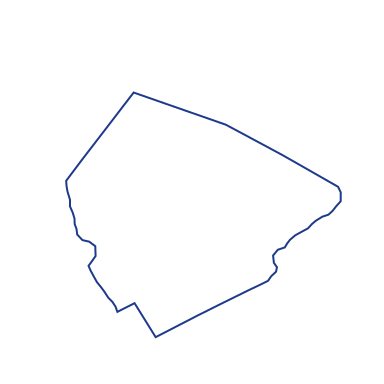 outline of Olivença, Alagoas, Brazil, rotated 149°
{"feature_id": "56859067B23414783060869", "entity_name": "Olivença", "entity_type": "district", "adm_level": 2, "iso_a3": "BRA", "parent_name": "Brazil", "parent_adm1": "Alagoas", "projection": "natural_earth1", "projection_center": [-37.17, -9.497], "detail": "fine", "context": "isolated", "style": "outline", "palette": "blue", "viewbox_px": 384, "rotation_deg": 149, "n_neighbors": 0, "source": "geoboundaries", "source_scale": "gbopen_adm2", "svg_char_len": 886}
<svg xmlns="http://www.w3.org/2000/svg" viewBox="0 0 384 384"><g transform="rotate(149 192 192)"><path d="M64.1,121.2L95.3,176.8L128.3,232.2L190.8,307.3L204.1,302.1L213.2,298.5L232.2,291.0L268.2,276.9L294.1,266.4L296.3,262.1L298.5,256.5L300.6,248.1L304.0,242.5L304.9,235.6L306.4,229.7L309.1,224.9L310.0,219.9L312.3,214.7L310.7,207.2L305.7,202.4L302.8,195.4L307.6,186.8L313.9,184.0L318.7,182.0L319.4,176.8L319.7,169.8L319.9,163.6L319.1,158.2L318.5,152.3L318.2,144.5L316.8,138.7L316.6,133.2L317.7,127.7L298.5,126.3L297.9,86.3L250.1,83.2L240.2,82.4L232.0,81.8L194.4,78.7L180.3,77.3L172.6,76.7L167.5,79.0L161.0,80.4L157.9,83.8L158.3,89.1L155.2,95.8L148.2,98.3L141.0,96.7L136.9,98.9L132.5,100.6L125.8,101.7L117.6,101.4L111.3,101.1L105.6,102.8L100.5,103.6L93.0,103.7L86.7,102.3L81.3,103.4L75.8,105.5L69.3,107.5L64.7,115.1L64.1,121.2Z" fill="none" stroke="#1e3a8a" stroke-width="2"/></g></svg>